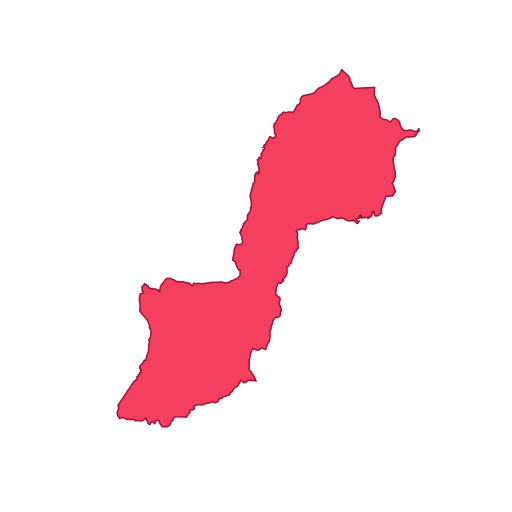 Cabesti, Bihor, Romania, rotated 323°
{"feature_id": "2599482B71952057061288", "entity_name": "Cabesti", "entity_type": "district", "adm_level": 2, "iso_a3": "ROU", "parent_name": "Romania", "parent_adm1": "Bihor", "projection": "albers", "projection_center": [22.412, 46.783], "detail": "fine", "context": "isolated", "style": "filled", "palette": "rose", "viewbox_px": 512, "rotation_deg": 323, "n_neighbors": 0, "source": "geoboundaries", "source_scale": "gbopen_adm2", "svg_char_len": 6110}
<svg xmlns="http://www.w3.org/2000/svg" viewBox="0 0 512 512"><g transform="rotate(323 256 256)"><path d="M375.4,295.7L377.1,297.1L379.9,297.4L381.1,296.9L382.3,297.3L382.6,295.8L384.6,293.6L395.6,286.7L396.6,286.8L396.9,287.4L401.6,290.4L403.4,289.0L405.9,288.7L406.9,286.6L408.1,282.2L408.3,280.1L410.3,279.5L414.7,276.8L418.0,272.2L419.0,270.2L418.9,269.5L420.6,266.9L421.7,264.3L424.8,259.9L427.4,259.6L431.1,255.7L432.9,253.3L436.1,252.5L440.3,250.5L441.0,251.1L448.0,251.4L449.7,253.1L454.4,255.9L455.7,256.0L459.3,254.6L461.5,254.4L462.9,251.9L461.3,253.0L459.5,253.1L457.6,252.0L455.6,248.6L450.2,245.5L449.3,243.0L449.7,238.6L451.3,235.3L451.2,233.8L450.6,231.6L449.5,229.5L447.7,229.0L444.3,229.8L443.3,229.1L442.7,226.8L441.8,225.2L440.2,223.9L438.3,219.9L441.5,216.4L445.6,207.7L447.1,199.5L447.6,198.4L452.2,192.7L435.4,181.4L435.0,179.1L436.5,174.5L436.5,172.3L437.5,171.3L438.3,167.7L437.3,164.3L437.4,163.2L436.8,160.8L436.9,159.0L435.7,159.1L435.0,159.8L432.2,161.1L429.1,161.0L422.8,160.0L420.0,160.9L412.6,160.9L406.9,159.7L400.4,160.7L397.3,159.8L395.1,158.5L393.0,158.1L391.2,156.5L388.5,156.2L385.5,157.6L384.4,159.6L382.0,160.7L379.6,160.4L374.0,163.0L372.3,163.5L371.5,163.2L370.1,161.5L365.3,158.9L364.9,157.9L363.6,157.5L362.7,158.2L359.4,157.9L357.9,158.1L355.0,160.1L353.6,160.3L352.3,161.6L350.6,161.3L348.1,163.0L347.1,165.9L346.2,166.9L344.5,169.6L344.7,171.5L341.2,172.8L338.7,169.0L335.5,170.7L332.3,171.5L330.9,172.8L329.9,172.3L328.6,172.6L328.5,173.5L327.3,173.5L328.0,174.0L328.1,174.7L327.2,176.0L325.9,175.2L322.8,177.4L322.0,177.2L318.5,181.1L317.5,180.5L317.9,179.2L317.6,179.1L315.9,180.2L314.8,180.1L314.9,181.0L313.7,183.2L312.7,183.3L311.4,187.9L311.1,187.8L311.1,188.5L309.0,189.9L308.3,191.8L307.4,191.7L307.4,189.8L306.9,189.6L305.7,189.7L304.5,190.7L303.7,190.8L299.4,196.2L297.5,196.3L287.1,204.6L286.9,205.9L283.8,211.4L281.1,214.7L280.7,214.2L278.4,216.9L275.2,217.6L273.8,218.4L272.1,220.2L271.3,221.7L267.5,222.5L265.7,222.5L264.8,223.6L263.6,224.0L261.8,225.5L259.4,226.1L259.3,227.5L257.4,227.2L256.1,232.5L255.0,233.8L254.4,235.5L253.0,237.4L251.6,237.7L250.2,237.5L247.4,234.8L242.5,237.7L241.3,239.2L234.8,245.3L235.9,248.1L234.0,253.7L233.8,256.9L235.0,257.5L231.6,261.9L229.5,262.4L226.8,262.7L224.8,261.8L223.0,261.8L221.4,260.7L219.5,261.0L218.0,260.6L215.2,258.8L213.7,257.2L212.9,255.8L210.7,254.7L205.6,250.9L195.1,245.1L193.8,243.4L193.0,243.0L192.6,242.4L191.6,242.1L189.8,240.3L188.0,241.6L187.0,240.5L186.6,239.6L186.4,237.6L185.6,236.4L183.9,235.1L182.2,232.8L177.9,229.2L176.5,227.6L176.4,226.6L175.6,224.9L173.6,221.9L172.6,221.0L170.5,220.1L162.6,222.3L161.2,223.0L157.5,226.6L157.2,225.8L157.5,224.5L156.5,223.3L156.0,221.9L153.9,220.4L154.1,220.0L152.4,218.7L152.1,217.9L151.1,216.9L151.2,215.6L151.7,214.9L151.1,213.8L151.2,213.0L150.3,211.2L150.2,211.0L148.9,212.1L148.3,211.5L147.0,212.1L146.5,211.9L144.5,214.8L143.9,215.2L144.4,216.0L144.5,217.0L143.0,217.7L140.7,216.6L138.2,218.7L136.1,221.3L133.6,226.0L130.1,229.9L129.9,230.6L130.7,240.8L130.3,243.4L128.9,248.2L127.5,249.1L127.5,251.4L127.1,252.7L123.5,256.8L122.3,257.6L120.0,258.3L118.9,260.8L116.8,262.3L117.1,262.6L113.7,266.3L111.7,268.1L109.1,269.6L108.2,270.6L107.1,271.1L106.5,272.2L105.2,273.0L104.1,271.9L102.2,273.0L96.8,274.1L95.4,276.0L95.8,278.1L94.7,278.1L94.6,279.6L92.6,279.3L92.3,280.5L90.1,280.1L89.5,281.3L88.0,280.9L86.8,282.8L83.4,282.8L80.6,283.6L56.0,292.2L55.0,294.3L53.8,295.7L52.3,296.4L50.8,297.7L49.8,299.4L49.4,300.6L49.8,301.7L49.1,302.6L49.3,303.6L52.9,305.1L53.6,307.5L55.1,309.3L59.5,312.8L60.3,313.9L60.5,315.0L63.0,316.6L64.1,318.0L66.3,319.3L70.6,319.0L70.6,319.5L70.0,320.1L69.6,324.0L69.0,324.5L69.2,325.7L70.2,326.7L72.2,325.8L73.4,326.0L74.2,328.2L74.1,328.7L75.1,328.6L77.4,327.2L79.5,329.3L78.9,330.3L78.4,332.5L78.3,335.5L79.0,336.7L80.9,337.7L82.4,339.1L83.5,338.9L84.2,339.3L86.7,338.7L88.1,337.3L90.5,337.3L91.2,336.9L91.8,335.8L93.9,335.9L95.9,336.7L102.6,342.0L103.3,342.9L106.9,341.5L108.0,341.6L109.6,340.8L110.4,339.5L111.5,339.8L112.8,340.8L114.6,341.0L116.1,339.2L116.1,338.5L116.5,338.2L120.2,339.8L122.4,341.8L124.7,343.1L128.7,344.2L129.7,345.1L132.1,345.5L134.7,347.7L135.0,348.7L138.0,349.4L140.1,348.4L140.1,348.0L140.7,347.6L142.6,349.0L143.6,349.0L143.9,348.5L145.4,348.7L147.6,350.0L150.0,350.1L151.2,351.1L153.2,349.8L155.6,349.9L158.4,348.6L163.7,348.6L169.0,346.2L170.2,350.1L172.6,350.8L174.0,350.5L175.0,350.7L176.7,351.7L177.9,353.2L178.7,353.5L180.8,355.8L182.1,350.7L182.1,346.8L182.5,346.0L182.2,343.4L182.7,341.5L184.9,339.2L185.8,337.5L187.5,335.9L187.4,335.4L189.3,334.0L192.7,330.9L196.9,328.2L197.6,328.1L198.0,328.9L198.8,329.3L198.8,329.8L200.3,331.9L201.1,332.4L202.4,333.0L204.9,332.7L205.7,333.4L207.4,336.5L212.8,332.8L214.8,332.4L218.3,329.4L222.4,323.9L223.8,323.7L225.6,321.4L227.9,320.2L230.8,317.9L233.5,316.7L235.0,317.2L236.7,318.4L238.6,318.3L239.9,317.8L241.6,315.7L243.3,314.8L244.1,313.9L245.9,308.0L249.6,304.8L249.8,302.8L249.3,301.8L248.6,298.3L252.2,294.9L253.1,293.5L257.2,291.2L258.3,291.5L259.0,292.4L259.9,292.8L260.9,292.3L263.2,292.4L263.5,291.4L263.3,291.2L263.8,290.7L267.4,290.3L270.4,288.4L272.5,285.7L273.9,283.2L275.6,284.0L277.1,282.7L279.6,282.9L282.1,280.8L285.8,278.8L289.0,276.4L290.8,276.4L292.9,275.1L294.6,275.3L295.5,274.0L295.8,272.5L296.5,272.1L296.9,270.9L297.8,270.8L299.8,266.1L302.4,263.7L303.5,261.2L303.2,260.6L304.7,259.7L306.4,261.2L309.7,262.1L310.3,263.0L310.2,263.6L311.4,264.7L313.8,263.2L314.2,261.8L315.8,261.1L318.8,262.7L321.1,265.1L329.9,267.4L336.6,270.1L341.2,271.0L343.3,275.0L347.8,277.7L350.6,283.2L354.5,286.1L355.4,285.5L355.7,286.0L355.9,288.9L356.4,290.9L357.5,291.1L359.3,290.3L358.4,289.8L358.1,288.7L358.4,286.8L361.4,287.9L363.0,287.8L363.4,287.7L362.3,286.4L363.1,285.7L363.7,285.8L364.2,286.3L364.1,287.4L363.2,289.4L364.5,289.3L365.3,290.7L365.9,290.4L367.9,292.2L368.7,292.4L368.2,293.4L372.6,293.6L373.0,293.1L372.6,292.6L372.7,292.3L373.6,292.4L375.4,291.8L375.4,290.8L376.3,291.5L376.7,291.1L376.8,291.7L376.0,292.2L375.8,294.3L375.4,294.5L375.4,295.7Z" fill="#f43f5e" stroke="#9f1239" stroke-width="1.5"/></g></svg>